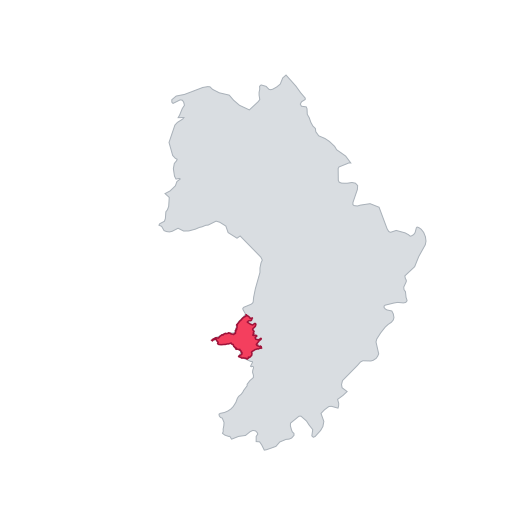 location of Gueckedou, Guéckédou, Guinea, rotated 46°
{"feature_id": "49546643B20526276358370", "entity_name": "Gueckedou", "entity_type": "district", "adm_level": 2, "iso_a3": "GIN", "parent_name": "Guinea", "parent_adm1": "Guéckédou", "projection": "natural_earth1", "projection_center": [-10.315, 8.69], "detail": "fine", "context": "in_parent", "style": "filled", "palette": "rose", "viewbox_px": 512, "rotation_deg": 46, "n_neighbors": 0, "source": "geoboundaries", "source_scale": "gbopen_adm2", "svg_char_len": 8885}
<svg xmlns="http://www.w3.org/2000/svg" viewBox="0 0 512 512"><g transform="rotate(46 256 256)"><path d="M306.1,334.8L302.5,334.3L300.9,335.1L296.2,341.5L293.3,344.0L288.9,343.2L287.3,343.7L286.1,342.9L287.8,339.4L290.0,332.4L295.9,325.4L296.0,323.9L293.6,319.8L291.1,314.2L291.1,308.2L290.6,303.9L285.5,302.6L284.5,301.9L284.4,300.4L287.3,293.0L287.5,291.4L287.2,290.1L284.0,286.3L279.1,279.2L270.6,264.6L267.4,261.5L264.4,257.1L263.3,254.3L260.1,253.3L230.6,253.5L230.0,257.3L219.8,259.8L213.5,256.9L206.6,258.6L203.2,260.5L200.5,269.0L199.0,270.8L197.5,274.6L196.2,276.7L194.6,280.9L191.3,286.9L187.8,290.7L181.9,292.8L180.0,299.1L178.6,301.5L176.4,303.3L173.9,304.5L169.1,303.3L166.4,304.4L165.9,302.8L167.4,297.8L166.2,295.3L161.6,290.1L161.2,287.6L159.7,284.4L153.6,277.7L147.9,278.1L149.5,272.6L149.5,265.2L147.5,261.1L148.0,257.0L147.0,257.2L145.1,260.1L142.0,259.2L135.8,254.8L132.7,250.5L132.3,246.9L131.6,245.5L129.7,246.2L125.8,246.1L113.9,239.7L105.5,223.4L105.3,219.7L106.6,213.4L106.3,211.7L102.4,215.9L101.6,213.1L98.7,206.5L97.9,202.8L95.0,201.1L92.7,200.8L91.0,202.1L88.6,209.7L86.9,209.7L85.1,208.0L85.5,202.3L90.1,195.2L97.8,177.2L100.6,173.1L102.3,171.6L105.9,171.5L113.0,169.1L121.7,163.5L128.3,163.9L136.1,163.2L146.3,159.3L146.5,147.3L146.1,144.6L142.5,142.1L140.4,140.1L138.6,137.4L136.4,135.5L136.5,133.5L141.0,130.9L145.2,130.9L146.6,129.9L147.6,128.2L148.8,123.8L149.2,119.2L146.5,113.1L146.7,108.7L161.6,109.3L169.8,110.5L176.6,110.9L177.6,111.9L176.7,116.1L177.5,118.6L179.8,119.3L183.6,116.3L185.5,117.0L189.7,120.7L193.6,121.7L197.9,123.7L201.9,124.8L205.5,124.7L208.2,126.7L213.1,127.4L219.6,124.7L224.7,123.6L231.8,123.3L235.5,124.2L246.4,122.1L254.9,123.2L253.5,124.7L249.6,134.4L250.1,136.1L258.8,144.3L260.8,144.9L263.2,143.7L266.9,140.0L269.8,135.9L272.7,133.9L276.0,134.0L278.6,136.9L284.8,149.0L286.3,150.6L287.8,150.5L290.5,148.3L291.9,145.6L297.6,137.6L306.4,133.6L327.5,142.8L330.6,143.5L332.4,142.8L335.0,137.4L342.9,132.7L346.7,131.5L348.9,131.3L349.7,129.8L350.1,127.6L349.7,125.3L347.2,121.2L347.1,120.0L348.5,119.2L351.5,118.6L355.5,119.0L359.9,120.8L363.4,123.4L365.5,126.4L369.4,139.2L373.9,149.3L373.7,162.7L375.7,164.1L377.8,164.7L378.8,165.7L381.0,171.3L383.0,172.9L385.5,173.3L390.0,176.8L392.9,178.2L393.4,179.3L393.3,180.8L392.1,182.6L387.7,186.4L385.6,189.5L381.1,197.2L381.0,198.6L381.9,199.6L383.8,199.8L385.7,199.3L389.9,196.5L393.1,197.5L396.2,199.6L397.4,201.8L397.7,204.7L397.0,208.4L396.9,212.6L397.9,219.7L399.6,226.8L401.2,229.4L411.6,235.7L412.6,238.1L413.1,240.7L412.4,244.3L411.3,246.3L405.6,251.9L404.8,254.5L405.2,259.5L405.7,280.3L407.9,283.8L410.6,285.6L416.8,284.6L416.7,290.4L415.8,296.9L419.5,298.9L421.3,300.8L422.4,302.7L416.6,306.1L414.9,308.1L414.2,313.6L414.4,318.6L422.1,322.1L425.1,326.3L426.4,330.7L426.9,338.9L426.2,340.7L424.2,340.8L420.3,335.8L414.3,335.2L409.8,334.3L402.4,334.9L401.1,336.4L400.2,347.3L402.0,349.2L405.6,351.2L407.9,352.1L409.9,351.9L411.4,353.2L411.7,356.8L410.7,359.4L408.7,361.9L406.3,368.1L406.8,373.9L402.6,383.1L401.4,384.9L395.8,383.1L392.2,382.5L389.6,384.8L385.9,381.2L385.3,378.4L383.9,377.8L381.5,377.8L379.3,379.4L378.3,382.3L377.8,388.2L373.7,393.8L370.8,400.8L367.5,400.1L366.8,401.0L363.3,402.8L360.3,403.3L359.4,401.4L357.7,399.9L355.7,397.0L353.5,394.6L349.2,392.9L347.5,393.7L345.5,393.5L344.1,392.5L344.3,391.1L346.6,387.5L347.9,384.1L348.6,380.5L348.5,377.0L347.3,372.1L345.4,368.2L344.9,365.9L345.2,362.7L344.7,359.8L344.1,358.2L343.2,352.5L342.1,351.5L341.4,347.0L341.6,342.3L339.9,340.6L337.3,339.3L335.8,337.5L334.8,335.5L333.9,334.9L333.1,335.0L332.4,336.3L331.5,336.5L330.0,332.2L329.3,332.0L328.3,333.0L316.2,337.8L314.7,333.7L312.4,333.0L308.4,334.6L306.1,334.8Z" fill="#d9dde1" stroke="#a8b0b8" stroke-width="1"/><path d="M291.4,303.9L291.6,304.1L292.1,304.7L292.1,305.1L292.0,305.3L292.0,306.2L292.0,306.3L291.9,306.4L291.7,306.6L291.6,306.9L291.5,308.1L291.4,308.5L291.5,309.0L291.4,309.3L291.6,310.4L291.7,310.7L291.6,311.0L291.7,311.6L291.7,312.0L291.5,313.0L291.7,313.8L292.0,315.7L291.9,316.0L292.1,316.7L292.0,316.9L292.0,317.6L292.1,317.8L292.3,317.7L292.3,317.8L292.5,317.9L292.9,317.8L293.1,318.2L294.3,319.3L294.7,320.2L294.7,320.3L294.8,321.0L295.5,321.1L295.5,321.3L295.2,321.6L295.4,322.0L295.7,322.4L295.5,322.7L296.3,323.1L296.7,323.8L296.8,324.3L297.1,324.3L297.4,324.6L297.0,325.4L296.8,325.8L297.0,326.1L297.0,326.5L296.9,326.5L296.1,327.0L295.9,327.3L295.3,327.7L295.2,327.8L294.9,328.1L294.6,327.9L293.9,328.0L293.7,328.3L293.2,328.5L292.9,328.9L292.6,328.8L292.4,328.8L292.2,329.0L292.2,330.0L291.8,330.3L291.6,330.6L291.2,331.4L291.0,331.6L290.9,331.6L290.5,331.7L290.3,331.8L290.3,332.1L290.2,332.3L290.0,333.1L289.9,333.4L289.8,333.8L290.0,334.3L289.9,334.5L289.6,334.4L289.5,334.7L289.5,334.9L289.4,335.1L289.1,335.2L289.0,335.3L289.0,335.7L289.0,336.1L289.0,336.3L288.9,336.4L288.9,337.0L288.7,338.1L288.9,338.6L288.9,339.4L288.9,340.0L288.7,340.2L288.4,340.4L288.1,340.8L287.9,341.0L287.1,341.4L286.9,341.6L286.8,341.9L286.7,342.3L286.7,342.7L286.6,343.0L286.4,343.5L285.9,344.6L286.1,345.8L285.9,346.0L285.8,346.4L286.0,346.4L286.4,346.3L286.7,346.3L286.7,345.2L286.8,344.8L286.8,344.6L287.1,344.4L287.3,343.6L287.9,342.6L288.2,342.6L288.4,342.6L288.7,342.6L289.8,343.0L291.5,343.1L292.0,343.4L292.2,344.2L292.3,344.4L292.9,344.4L293.2,344.5L293.5,344.4L294.2,343.9L295.0,343.2L295.4,342.9L296.4,341.8L296.7,341.2L297.0,340.9L297.3,340.7L297.6,340.2L298.2,339.7L298.5,339.2L299.2,337.8L299.3,337.7L299.5,337.5L299.8,337.2L300.2,336.8L300.2,336.7L300.6,335.9L300.9,335.3L301.0,335.1L301.1,334.7L301.3,334.4L301.9,334.7L302.3,334.7L302.8,334.5L303.1,334.2L303.3,334.2L303.6,334.0L303.8,333.9L304.0,334.0L304.3,334.1L305.2,334.6L305.8,334.8L306.3,334.5L306.7,334.5L307.0,334.7L307.5,334.5L307.8,334.5L308.0,334.7L308.3,334.3L308.4,334.2L308.6,334.2L308.6,334.3L308.5,334.8L308.6,335.0L309.1,335.1L309.3,335.1L309.6,334.8L309.8,334.4L310.2,334.1L310.6,333.8L311.3,333.3L311.6,333.3L311.6,333.2L311.7,332.8L311.9,332.6L312.4,333.0L312.6,332.8L312.8,332.8L313.2,332.7L313.4,332.7L313.6,332.8L313.8,332.8L314.2,332.9L314.5,333.2L314.9,333.1L315.2,333.1L315.3,333.2L315.5,333.2L315.5,333.4L315.6,333.6L315.9,333.7L316.2,333.7L316.4,333.9L316.7,334.3L316.8,334.4L316.8,334.6L316.6,335.8L316.5,336.0L316.3,336.4L316.3,336.5L316.2,336.9L316.1,337.8L316.1,338.2L316.3,338.3L316.7,338.3L317.5,337.8L317.9,337.7L318.0,337.7L318.5,337.2L318.9,337.3L319.0,337.3L319.3,337.3L319.5,337.2L319.8,336.9L320.2,336.3L320.3,336.2L320.4,335.9L320.8,335.8L321.3,335.3L321.7,334.9L321.8,334.9L322.0,334.9L322.3,334.5L323.0,334.1L324.0,334.0L324.1,333.7L324.1,333.4L324.0,333.2L324.2,332.6L324.1,332.2L323.8,332.1L323.5,331.8L323.6,331.5L323.9,331.3L324.5,331.1L324.6,330.7L324.5,329.9L324.4,329.0L324.6,328.6L324.5,328.2L324.1,327.6L323.8,327.2L323.5,326.9L323.3,326.6L322.8,326.3L322.3,326.3L322.0,326.0L322.0,325.3L322.0,324.8L322.3,323.8L322.5,323.1L322.5,322.5L322.7,321.6L323.1,321.0L323.5,320.1L323.7,319.5L324.0,319.4L324.6,318.8L324.8,317.9L324.9,317.5L325.2,317.1L325.5,316.6L325.9,316.5L326.0,315.9L325.8,315.9L325.7,315.9L325.4,315.8L325.1,315.5L324.8,315.2L324.6,315.3L323.9,315.4L323.9,315.9L323.7,316.2L323.2,316.4L322.7,316.8L322.1,317.1L321.9,317.0L321.4,317.3L321.2,316.8L320.8,317.1L320.5,317.4L319.9,317.2L319.7,316.9L319.7,316.3L319.7,315.6L319.4,315.1L319.4,314.7L319.5,314.3L319.4,313.7L319.3,313.1L319.2,312.5L319.2,311.9L319.4,311.3L319.4,310.2L319.2,309.7L318.8,309.6L318.4,310.0L318.5,310.4L318.5,310.9L318.3,311.2L318.2,311.7L318.0,312.3L317.9,312.6L317.7,312.8L317.1,313.1L316.5,313.4L316.0,313.8L315.7,314.0L315.3,313.9L314.9,313.7L314.5,313.5L314.2,313.4L314.1,312.9L314.1,312.4L314.2,311.9L314.3,311.4L314.1,311.0L313.8,310.9L313.5,310.9L313.3,311.0L313.2,311.2L312.9,311.5L312.4,311.6L312.3,312.0L312.0,312.5L311.6,312.9L311.3,313.1L310.9,313.3L310.6,313.1L310.6,312.8L310.6,312.2L310.5,311.6L310.2,311.6L309.7,311.6L309.4,311.3L309.3,310.8L309.2,310.3L309.0,309.9L308.8,309.7L308.4,309.7L307.8,309.8L307.5,309.8L307.3,309.6L307.0,309.4L306.5,309.4L306.3,309.2L306.2,308.6L306.1,308.4L306.1,307.9L306.2,307.4L306.2,306.8L306.1,306.4L306.1,306.1L306.2,305.9L306.1,305.4L306.0,305.0L305.6,304.4L305.3,303.8L304.8,303.4L304.0,303.4L303.7,303.7L303.5,304.2L303.5,304.6L303.5,304.8L303.4,305.4L303.4,305.9L303.3,306.3L302.9,306.6L302.4,306.8L302.1,306.9L301.8,307.0L301.5,307.3L301.1,307.3L300.6,307.5L300.1,307.6L299.8,307.7L299.5,307.7L299.2,307.8L298.9,307.9L298.6,308.0L298.4,308.0L298.1,308.1L297.5,308.1L297.5,307.0L297.5,306.6L297.6,306.2L298.0,305.6L298.6,305.1L298.9,304.7L299.0,304.4L299.0,304.1L299.0,303.7L298.8,303.2L298.5,302.8L298.2,302.2L298.1,301.6L298.1,301.1L297.9,301.9L297.5,302.7L297.1,303.3L296.5,303.5L296.0,303.2L294.7,303.3L294.0,303.4L293.5,303.5L293.1,303.6L292.7,304.1L292.5,304.3L292.4,304.2L292.2,304.0L291.7,303.7L291.4,303.9Z" fill="#f43f5e" stroke="#9f1239" stroke-width="1.5"/></g></svg>